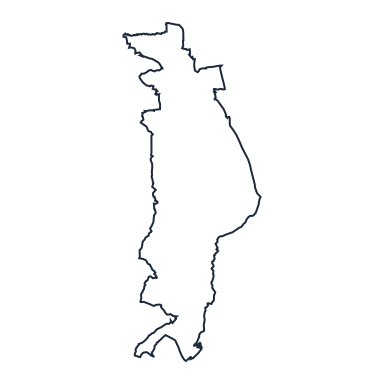 Valeni-Dambovita, Dâmbovita, Romania (Mercator projection)
{"feature_id": "2599482B82900556797073", "entity_name": "Valeni-Dambovita", "entity_type": "district", "adm_level": 2, "iso_a3": "ROU", "parent_name": "Romania", "parent_adm1": "Dâmbovita", "projection": "mercator", "projection_center": [25.163, 45.163], "detail": "fine", "context": "isolated", "style": "outline", "palette": "slate", "viewbox_px": 384, "rotation_deg": 0, "n_neighbors": 0, "source": "geoboundaries", "source_scale": "gbopen_adm2", "svg_char_len": 5961}
<svg xmlns="http://www.w3.org/2000/svg" viewBox="0 0 384 384"><path d="M212.5,285.4L211.5,283.9L211.4,282.2L212.2,281.2L213.5,277.1L213.6,275.0L213.1,274.1L213.4,270.8L211.6,268.7L211.9,267.9L212.6,267.5L213.6,266.1L213.3,264.9L212.1,263.1L212.2,261.7L213.6,261.1L213.7,260.2L214.5,259.1L214.6,258.5L214.0,255.4L214.6,254.7L215.2,254.7L215.7,253.2L217.1,252.3L218.1,250.7L216.6,249.7L216.9,249.4L216.8,248.8L217.4,248.6L217.6,247.7L216.7,246.4L216.5,245.5L215.6,243.7L217.4,242.2L217.3,239.3L219.2,236.8L221.0,236.2L222.4,236.3L226.0,234.5L232.5,232.3L239.5,227.6L241.3,226.9L243.9,223.6L245.5,222.3L246.3,220.0L248.3,217.2L250.0,215.9L252.6,215.9L253.7,215.1L255.8,212.7L258.6,204.7L259.4,199.7L260.6,197.0L257.0,193.0L255.7,189.4L254.9,186.9L254.9,185.3L254.2,182.2L251.4,171.4L249.9,164.6L248.1,159.4L241.9,147.4L239.5,141.6L236.5,135.2L233.1,129.8L230.0,125.7L229.7,122.1L229.8,119.0L229.3,116.9L227.7,117.2L227.4,117.9L225.9,116.5L225.7,115.9L226.2,115.0L223.7,109.2L217.7,100.8L215.5,99.3L214.7,99.3L214.7,98.4L215.7,97.6L215.0,94.0L214.1,92.1L215.5,92.1L213.8,89.6L213.9,89.1L214.7,88.9L217.5,89.6L220.7,88.9L223.9,89.5L224.9,89.0L224.2,85.3L221.1,73.1L220.1,68.1L220.0,67.3L221.5,65.6L219.1,65.7L213.2,66.8L208.0,67.2L205.9,67.8L206.0,68.4L202.2,68.4L199.5,69.4L198.8,71.0L197.6,72.2L195.1,70.7L194.8,70.1L194.7,68.4L194.2,66.5L194.2,63.7L194.8,59.1L193.2,59.4L192.4,57.0L191.5,57.7L189.3,54.9L189.9,54.8L189.7,53.5L189.9,53.4L189.9,51.8L189.7,49.3L187.2,49.9L186.3,49.5L186.2,49.1L183.2,48.7L182.1,48.1L183.2,46.3L183.0,40.6L183.5,40.2L183.3,38.6L183.3,32.3L182.6,28.7L179.0,24.8L177.0,24.8L168.0,23.0L166.3,23.1L166.0,24.4L166.5,24.5L166.6,31.6L165.1,31.6L164.7,32.5L161.7,33.0L161.2,34.0L156.9,33.1L156.5,33.9L155.5,33.9L154.5,34.7L153.1,34.0L152.5,34.1L152.0,34.5L149.9,34.6L148.4,34.3L148.0,34.6L146.7,33.7L145.1,34.3L144.6,33.8L143.1,33.7L141.3,34.5L140.8,34.0L138.5,34.6L138.3,34.3L137.4,35.0L136.7,34.4L135.9,35.2L135.2,34.8L134.4,35.4L133.6,35.0L132.0,35.8L130.4,35.7L129.7,35.0L128.4,35.2L127.7,35.0L127.7,34.2L126.1,34.6L125.4,33.6L123.6,34.9L123.4,36.7L126.2,37.3L126.9,40.4L127.2,43.7L130.0,43.7L130.1,44.1L129.1,47.7L130.2,47.4L133.4,47.9L134.3,48.4L135.3,50.0L135.6,51.2L135.1,52.6L135.3,53.6L136.3,53.1L139.5,52.4L141.4,54.7L140.1,55.3L140.9,55.5L141.3,56.1L142.4,56.0L142.9,56.7L143.5,56.2L144.0,56.6L144.7,56.6L149.5,58.4L152.4,59.0L158.4,62.5L160.2,64.8L161.1,66.8L162.0,67.4L162.5,68.5L161.2,68.8L159.5,70.4L158.0,70.1L155.2,70.9L154.7,71.4L152.3,70.7L151.4,70.0L149.4,70.2L148.8,70.8L148.0,70.9L146.8,72.2L143.9,73.7L141.5,73.7L141.2,74.6L139.8,75.8L139.5,76.7L139.6,77.7L140.2,78.7L142.6,82.1L143.7,83.2L146.6,85.5L148.2,85.7L149.6,86.3L151.2,85.5L153.5,86.2L152.7,88.8L154.1,89.5L155.8,89.3L157.3,91.2L156.1,91.4L156.0,92.2L156.5,93.4L155.4,94.0L156.2,94.8L159.1,94.2L158.8,94.9L159.1,101.3L159.6,102.3L160.1,104.7L160.0,109.2L154.0,109.9L154.0,110.8L152.3,110.3L148.4,110.5L145.8,111.3L145.0,111.1L145.4,111.9L142.3,113.0L142.6,114.3L142.1,116.1L142.8,116.9L143.4,119.7L141.2,121.5L140.7,122.6L146.4,126.5L148.2,130.7L148.5,131.1L150.9,131.9L151.8,133.4L152.8,134.3L151.4,135.7L151.5,151.8L151.1,155.4L152.7,156.2L151.6,157.2L150.7,158.7L150.7,160.1L152.1,163.9L152.3,166.4L151.8,172.7L152.1,174.9L151.9,175.9L151.5,176.2L152.7,180.6L152.9,182.9L153.4,183.3L152.2,186.8L155.7,189.9L153.1,192.9L152.9,193.7L153.4,196.4L154.2,196.5L154.7,197.0L154.5,198.0L155.4,199.0L155.1,200.8L156.6,201.1L157.6,202.0L157.3,203.0L155.5,203.9L153.9,203.6L154.3,209.1L155.0,209.5L155.1,210.8L155.5,211.7L155.6,213.2L154.0,215.5L153.4,222.2L151.6,226.1L150.2,228.2L150.2,228.8L151.5,231.4L151.0,232.0L149.3,233.0L148.6,234.5L148.7,235.5L145.4,237.7L145.0,239.1L142.7,241.7L141.9,246.9L141.3,248.5L139.6,250.2L139.8,256.8L139.2,258.2L143.5,259.1L145.4,260.0L146.1,260.5L147.9,263.7L150.1,264.8L150.5,266.2L151.4,267.5L151.7,268.4L152.6,270.1L153.9,270.7L155.4,272.6L154.3,273.6L154.3,274.1L155.7,275.2L155.9,276.3L156.9,277.6L156.5,278.0L155.6,277.7L152.9,278.2L150.8,276.4L149.3,276.5L148.7,277.1L147.4,280.5L146.2,280.8L145.6,282.0L145.0,282.3L144.5,283.9L145.4,285.0L145.2,285.4L144.2,286.5L144.2,287.9L143.9,289.2L142.9,290.4L142.7,291.8L142.0,292.4L141.0,294.6L141.3,298.3L140.4,301.8L140.7,302.1L143.8,301.9L149.0,303.8L153.6,305.9L154.4,305.9L155.4,305.1L157.2,304.7L159.4,304.6L160.9,304.9L161.3,305.4L161.0,306.8L161.8,308.1L163.9,310.3L165.2,312.6L167.1,314.6L169.2,314.5L170.5,314.1L171.4,314.9L172.3,315.1L173.0,316.0L176.7,316.4L175.3,317.5L175.3,317.9L176.1,318.6L175.7,319.3L172.5,323.0L170.8,320.6L170.9,321.8L170.3,322.8L169.2,323.8L167.5,323.7L165.9,324.1L161.4,327.1L156.9,329.3L153.9,332.7L151.8,333.5L150.5,334.7L148.9,335.5L147.6,337.8L144.7,340.8L142.1,342.8L140.4,343.3L139.5,344.0L138.8,344.0L138.6,344.9L137.7,346.0L136.9,347.4L136.5,347.6L135.5,349.8L135.9,351.3L134.7,354.5L134.8,355.5L140.1,357.2L141.3,354.7L143.0,352.8L145.9,352.2L147.5,352.5L151.1,355.4L152.9,356.4L153.5,356.4L151.8,353.7L152.0,352.4L154.2,349.2L154.7,345.8L156.2,344.3L156.9,342.5L157.9,342.3L158.9,340.9L159.7,340.5L163.3,336.9L165.6,335.1L173.4,339.2L175.3,340.5L178.8,348.1L179.7,351.1L182.1,356.4L183.5,358.7L184.7,360.1L185.9,361.0L190.5,357.1L190.9,357.2L190.6,359.1L191.7,358.6L192.0,358.0L192.9,358.3L198.6,352.7L201.5,348.9L201.3,348.7L201.5,348.5L200.9,347.3L201.4,347.0L200.9,346.7L200.2,346.9L200.0,347.6L199.7,347.3L199.2,347.6L198.0,347.5L197.2,347.0L197.4,346.3L197.8,345.9L199.3,345.3L200.7,345.3L200.6,344.2L200.1,343.7L200.5,343.6L200.5,343.3L199.9,342.8L198.2,344.3L194.5,345.8L194.2,345.7L194.6,345.0L194.3,345.1L194.4,344.7L196.5,342.9L197.0,342.0L199.2,336.7L199.1,335.7L199.6,333.9L200.7,332.6L203.6,331.2L204.1,330.5L204.0,327.5L203.7,325.7L204.7,319.7L204.1,316.0L204.8,312.0L205.5,310.8L205.3,307.6L206.8,307.1L208.0,305.4L207.5,303.9L207.6,303.4L208.4,303.2L209.0,303.5L211.5,303.9L212.4,301.9L213.5,301.0L213.9,299.8L214.0,295.6L215.3,292.3L212.2,287.9L212.5,285.4Z" fill="none" stroke="#1e293b" stroke-width="2"/></svg>